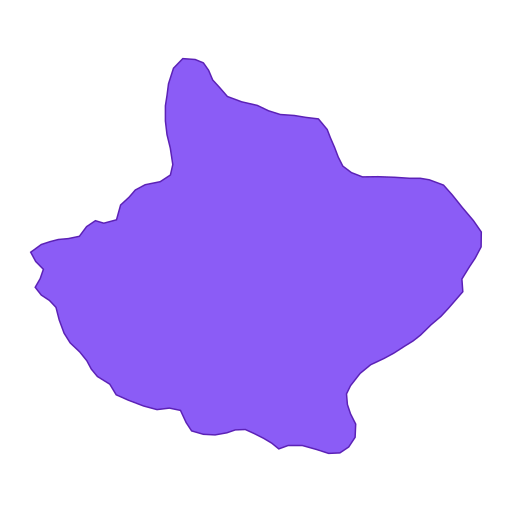 Naque, Minas Gerais, Brazil
{"feature_id": "56859067B48718668188902", "entity_name": "Naque", "entity_type": "district", "adm_level": 2, "iso_a3": "BRA", "parent_name": "Brazil", "parent_adm1": "Minas Gerais", "projection": "albers", "projection_center": [-42.328, -19.176], "detail": "fine", "context": "isolated", "style": "filled", "palette": "violet", "viewbox_px": 512, "rotation_deg": 0, "n_neighbors": 0, "source": "geoboundaries", "source_scale": "gbopen_adm2", "svg_char_len": 1492}
<svg xmlns="http://www.w3.org/2000/svg" viewBox="0 0 512 512"><path d="M157.0,409.6L169.4,408.1L180.5,410.4L186.1,422.5L191.6,430.9L203.4,434.3L215.1,434.9L226.9,432.8L235.3,429.9L245.3,429.5L254.5,433.7L263.6,438.3L271.8,443.2L278.8,448.9L288.1,445.5L302.3,445.5L316.6,449.5L328.6,453.4L339.9,452.9L348.7,447.0L355.1,437.3L355.7,424.1L350.5,413.8L347.4,404.5L346.5,393.9L350.5,385.7L360.1,373.4L370.7,364.7L384.1,358.4L394.2,352.9L404.4,346.3L413.0,341.0L420.5,335.1L430.9,324.9L441.1,316.2L448.5,308.2L456.4,299.1L462.8,291.7L461.9,279.0L469.6,266.5L475.2,258.1L481.1,246.9L481.3,232.0L473.4,220.6L462.3,207.5L452.3,195.0L443.5,185.1L429.3,179.8L420.4,178.3L409.8,178.3L394.8,177.3L378.1,176.7L362.5,176.9L351.4,172.6L342.8,166.1L338.2,157.0L334.6,147.5L330.4,137.8L327.2,129.5L318.4,118.9L305.9,117.4L294.4,115.5L280.3,114.5L268.3,110.7L257.3,105.4L241.6,101.8L227.4,96.5L219.5,87.4L212.7,80.0L208.6,70.3L203.4,62.9L195.2,59.5L182.8,58.6L173.5,68.2L168.5,83.8L167.0,95.5L165.4,105.8L165.4,121.0L167.0,134.6L170.3,148.1L172.8,164.6L170.4,175.0L160.2,181.7L145.2,184.7L135.3,190.0L129.1,197.2L120.6,205.0L116.5,219.8L103.8,223.2L95.4,220.7L86.6,226.6L79.4,236.3L68.3,238.6L58.3,239.5L50.2,241.6L41.3,244.5L30.7,252.2L35.7,261.5L43.4,269.3L40.2,278.6L35.2,287.3L41.3,295.1L49.4,300.4L56.0,307.4L59.2,319.9L64.1,333.2L70.2,342.9L79.8,352.0L86.8,360.7L91.3,369.1L97.4,376.5L109.8,384.2L116.2,394.8L128.6,400.3L143.6,406.0L157.0,409.6Z" fill="#8b5cf6" stroke="#5b21b6" stroke-width="1.5"/></svg>